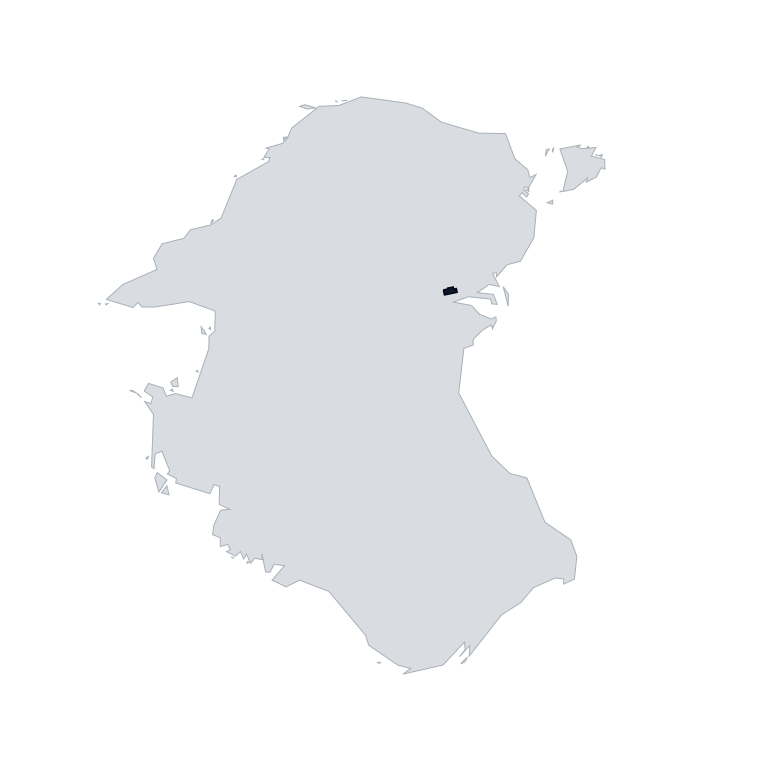 Orroroo Carrieton, South Australia, Australia shown in context, rotated 258°
{"feature_id": "25037944B41363903956940", "entity_name": "Orroroo Carrieton", "entity_type": "district", "adm_level": 2, "iso_a3": "AUS", "parent_name": "Australia", "parent_adm1": "South Australia", "projection": "albers", "projection_center": [138.617, -32.532], "detail": "fine", "context": "in_parent", "style": "filled", "palette": "ink", "viewbox_px": 768, "rotation_deg": 258, "n_neighbors": 0, "source": "geoboundaries", "source_scale": "gbopen_adm2", "svg_char_len": 4844}
<svg xmlns="http://www.w3.org/2000/svg" viewBox="0 0 768 768"><g transform="rotate(258 384 384)"><path d="M535.6,149.2L543.3,185.8L554.9,184.6L567.3,196.2L568.1,218.6L575.2,226.9L575.6,247.9L580.2,259.2L614.7,282.5L625.5,317.3L629.3,319.5L630.6,313.6L637.7,320.5L639.2,317.7L640.5,335.0L644.5,340.6L653.7,347.1L669.1,378.3L665.8,397.5L669.5,421.6L654.3,463.7L645.9,478.7L628.1,494.7L609.8,528.6L603.6,554.9L577.2,558.8L563.5,569.2L555.5,569.6L557.3,576.3L545.5,565.9L547.4,563.8L546.8,561.4L544.5,561.1L540.1,565.0L537.2,562.3L542.5,558.7L539.8,555.5L522.1,569.1L496.0,561.0L475.7,542.9L475.1,529.1L465.4,516.5L469.6,517.0L469.5,513.3L455.3,517.0L459.5,507.7L454.0,494.1L448.9,509.6L438.4,511.3L440.0,506.1L444.9,506.0L451.8,484.8L449.7,468.9L442.7,485.7L432.1,492.2L425.3,502.4L426.4,507.4L422.2,506.9L415.2,501.5L419.5,501.2L416.2,491.5L409.2,480.5L403.6,479.3L402.3,469.6L359.8,455.2L290.9,474.5L270.2,488.7L262.5,504.2L215.2,512.7L192.7,534.3L175.4,536.8L153.6,529.7L150.9,518.2L156.0,519.1L158.7,511.3L153.8,488.0L141.7,472.2L133.8,451.0L100.1,410.8L110.3,413.5L101.6,401.0L107.4,408.2L114.8,409.0L96.9,383.3L96.3,342.3L100.2,351.0L106.1,339.1L131.6,314.8L142.2,313.7L192.7,286.8L209.6,260.7L206.0,246.0L215.4,233.7L227.0,248.9L230.5,239.0L223.6,233.4L224.8,229.1L243.4,229.3L237.5,228.5L240.4,221.5L236.4,216.2L246.1,214.1L242.0,210.3L250.1,208.7L246.5,202.9L252.8,195.1L253.8,199.1L259.5,197.9L259.1,190.1L267.7,191.9L272.3,185.0L281.6,188.4L294.6,198.1L293.4,207.0L300.6,197.8L317.9,201.9L320.9,196.9L312.9,190.9L330.5,159.7L334.7,161.3L341.1,153.4L343.7,156.4L364.3,152.8L363.3,145.7L349.0,141.4L351.2,139.4L402.2,152.2L416.7,146.2L413.3,152.1L419.5,155.1L426.9,148.0L433.6,153.7L426.0,167.1L417.3,168.5L418.0,178.0L410.4,193.3L455.0,220.0L467.1,222.8L470.8,229.4L490.4,234.2L505.1,210.6L506.9,176.0L509.6,163.2L514.8,160.3L511.0,154.3L524.5,130.0L535.6,149.2ZM535.1,599.0L554.0,607.9L577.3,604.9L576.9,626.3L575.7,622.3L573.0,626.6L571.3,640.5L563.7,634.2L557.7,646.5L548.1,644.8L550.3,641.3L542.2,634.7L539.4,623.7L543.1,625.8L535.0,610.2L535.1,599.0ZM325.2,141.4L339.8,140.3L344.5,143.7L335.3,151.7L325.2,141.4ZM434.2,521.6L454.5,520.8L445.9,524.4L434.2,521.6ZM430.2,175.8L433.2,183.2L424.2,182.1L425.6,176.8L430.2,175.8ZM668.3,374.8L668.9,366.1L673.1,359.3L673.7,364.6L668.3,374.8ZM573.2,589.1L579.5,591.4L579.5,594.4L573.2,589.1ZM323.9,143.7L329.6,150.5L320.3,150.7L323.9,143.7ZM528.7,587.3L525.0,586.3L527.3,581.3L528.7,587.3ZM477.9,217.0L473.7,219.2L469.4,220.4L471.5,216.2L477.9,217.0ZM99.6,408.8L95.5,405.5L94.3,401.7L94.8,401.4L99.6,408.8ZM577.8,597.2L580.1,599.4L575.5,597.3L577.8,597.2ZM643.2,336.5L646.2,336.8L645.7,340.6L643.2,336.5ZM576.7,247.7L580.3,250.2L579.5,251.5L576.7,247.7ZM563.0,641.7L563.0,645.2L560.7,643.9L563.0,641.7ZM669.8,401.4L669.3,406.3L669.0,406.1L669.8,401.4ZM362.2,138.6L359.6,136.7L361.2,135.6L362.2,138.6ZM430.0,136.5L426.5,140.2L430.6,133.7L430.0,136.5ZM671.0,395.7L669.4,397.1L670.6,395.5L671.0,395.7ZM436.3,204.0L434.4,204.8L435.4,203.0L436.3,204.0ZM423.1,175.7L420.7,176.2L422.1,173.8L423.1,175.7ZM112.8,319.1L112.8,322.3L111.7,322.3L112.8,319.1ZM520.2,128.2L520.1,130.7L519.1,128.9L520.2,128.2ZM544.4,562.4L544.8,564.0L544.2,563.5L544.4,562.4ZM425.6,141.3L420.9,143.9L425.7,140.6L425.6,141.3ZM246.4,199.2L244.9,201.2L245.7,199.0L246.4,199.2ZM564.5,639.3L563.2,639.9L564.0,638.7L564.5,639.3ZM475.8,225.8L473.3,225.8L474.6,224.2L475.8,225.8ZM238.7,213.8L237.6,214.9L237.2,212.6L238.7,213.8ZM574.2,632.9L572.5,633.7L573.2,631.9L574.2,632.9ZM522.2,121.5L521.8,123.2L520.4,122.3L522.2,121.5ZM543.3,564.5L544.9,566.2L542.2,565.6L543.3,564.5ZM619.1,282.7L617.4,282.7L618.3,280.7L619.1,282.7ZM629.3,313.1L628.4,313.1L629.2,311.5L629.3,313.1ZM536.1,596.4L535.5,597.7L535.2,596.0L536.1,596.4Z" fill="#d9dde1" stroke="#a8b0b8" stroke-width="1"/><path d="M458.5,464.8L458.5,465.1L458.5,466.3L458.5,466.5L458.5,466.9L458.5,467.5L458.5,468.7L458.5,469.1L458.5,469.4L458.5,469.9L458.5,470.2L458.5,470.8L458.5,471.0L458.5,471.6L458.5,472.5L458.5,472.8L458.5,473.1L458.5,473.6L458.5,474.2L458.5,474.6L458.8,474.6L459.0,474.6L459.6,474.6L459.9,474.6L460.4,474.6L460.7,474.6L461.3,474.6L461.5,474.6L462.0,474.6L462.3,474.6L462.3,474.0L462.3,473.9L462.3,473.6L462.3,473.4L462.3,473.0L462.3,472.3L462.3,472.1L462.3,471.9L462.5,471.9L462.9,471.9L463.1,471.9L463.4,471.9L463.6,471.9L464.0,471.9L464.5,471.9L464.5,471.5L464.5,470.0L464.5,469.4L464.5,469.1L464.5,467.9L464.5,467.7L464.6,467.4L464.5,467.2L464.6,466.7L464.6,466.3L464.2,466.3L463.9,466.3L463.7,466.3L463.7,466.0L463.7,465.9L463.7,463.6L463.7,462.2L462.7,462.2L462.7,461.8L462.7,461.6L462.3,461.6L462.0,461.6L461.7,461.6L461.3,461.6L461.2,461.6L460.8,461.6L460.6,461.6L460.3,461.6L459.7,461.6L458.7,461.6L458.5,461.9L458.5,462.8L458.5,463.0L458.5,463.4L458.5,463.6L458.5,464.1L458.5,464.8Z" fill="#0f172a" stroke="#020617" stroke-width="1.5"/></g></svg>